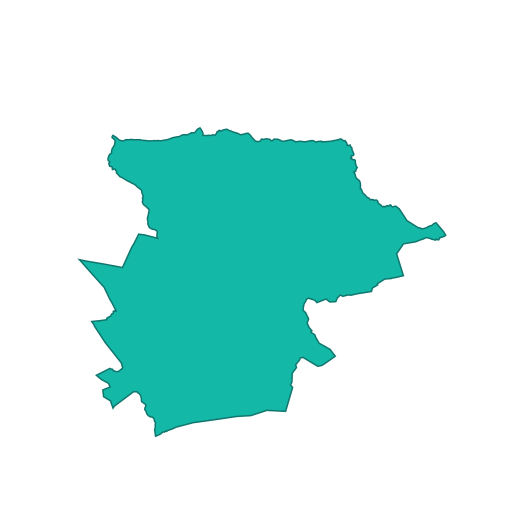 Chimanimani, Manicaland, Zimbabwe, rotated 73°
{"feature_id": "62879985B88663690016764", "entity_name": "Chimanimani", "entity_type": "district", "adm_level": 2, "iso_a3": "ZWE", "parent_name": "Zimbabwe", "parent_adm1": "Manicaland", "projection": "robinson", "projection_center": [32.597, -19.741], "detail": "fine", "context": "isolated", "style": "filled", "palette": "teal", "viewbox_px": 512, "rotation_deg": 73, "n_neighbors": 0, "source": "geoboundaries", "source_scale": "gbopen_adm2", "svg_char_len": 6140}
<svg xmlns="http://www.w3.org/2000/svg" viewBox="0 0 512 512"><g transform="rotate(73 256 256)"><path d="M98.8,357.5L99.4,358.3L99.9,358.7L100.7,359.0L103.5,357.2L105.6,357.3L106.7,358.0L107.7,358.4L108.9,359.2L109.4,360.1L110.3,360.8L111.2,362.0L113.4,363.5L114.7,363.8L115.2,364.0L115.7,365.4L116.1,366.3L117.0,367.3L118.4,368.3L119.3,368.9L121.1,369.5L121.5,369.4L122.2,368.8L123.5,368.4L124.3,369.7L126.0,369.8L126.5,369.7L127.2,369.7L127.6,369.5L127.8,369.2L127.9,368.4L128.6,367.7L129.4,367.6L130.9,368.0L131.3,368.0L131.5,367.4L131.3,366.6L131.3,366.0L131.6,365.5L132.0,365.2L132.4,365.2L132.9,365.4L134.0,364.6L134.7,364.7L135.4,365.1L135.9,365.1L138.6,363.7L140.3,363.0L141.6,361.4L147.4,356.2L148.7,354.5L150.1,353.4L151.8,351.4L153.5,350.2L154.6,349.7L159.6,346.2L162.0,346.6L163.4,346.5L166.4,346.5L167.2,347.5L167.8,347.7L169.3,347.8L171.1,348.9L171.9,348.9L174.2,348.4L175.2,347.8L176.2,346.8L178.3,345.9L179.2,345.0L180.6,344.8L182.3,345.4L183.5,346.2L184.9,346.8L188.0,348.8L190.4,349.3L192.1,349.3L193.6,350.1L197.0,349.8L197.6,349.6L199.0,348.5L199.6,347.8L200.4,346.8L200.8,345.5L201.4,344.8L201.9,344.6L202.8,343.6L203.1,343.4L204.6,343.4L205.4,344.0L208.3,345.1L210.3,344.9L203.3,356.3L200.8,361.8L208.4,369.0L211.1,372.1L228.0,387.1L219.8,402.7L210.8,420.7L207.9,425.9L224.5,418.4L241.5,410.4L254.7,408.4L259.0,407.4L267.7,405.8L268.0,406.6L267.0,407.5L267.0,408.0L267.2,408.5L267.6,408.9L268.4,409.0L269.2,409.7L269.3,411.1L271.0,412.6L271.1,413.9L271.5,414.4L271.5,415.7L271.6,416.2L272.2,417.0L273.1,417.2L273.3,417.4L272.2,424.3L270.6,432.3L274.7,430.9L275.5,431.1L294.7,425.5L319.2,415.9L319.6,416.2L320.7,416.0L322.0,416.3L323.5,416.0L324.3,416.6L324.8,417.7L325.0,417.7L325.0,418.3L325.8,420.2L326.1,421.0L326.1,422.0L325.8,423.3L325.6,423.8L324.5,424.9L324.4,425.9L323.8,426.1L322.6,426.2L322.3,426.4L321.9,427.1L321.8,427.8L320.8,428.6L323.4,443.5L328.9,440.0L334.6,434.3L338.6,433.8L339.3,441.6L346.0,442.9L352.2,437.3L353.3,437.5L359.7,437.2L358.1,435.2L350.0,412.8L351.1,409.4L352.2,409.1L353.1,408.2L353.8,407.7L355.5,407.2L357.2,407.1L358.6,407.3L361.7,408.0L363.0,407.1L365.1,405.4L366.5,404.8L368.8,406.6L370.0,407.2L370.7,407.2L372.2,406.6L375.0,406.5L376.7,405.9L377.9,405.1L378.9,404.1L379.7,402.3L380.9,401.5L381.6,401.2L383.7,401.2L384.6,401.4L385.2,400.8L387.0,401.2L388.2,401.9L390.3,402.3L392.3,403.7L393.6,403.8L394.9,404.1L395.7,404.2L398.6,404.7L399.1,404.6L398.6,401.5L398.5,400.2L398.2,398.9L397.8,398.4L397.1,396.2L397.1,395.9L397.6,395.3L397.6,395.1L397.0,393.8L397.5,393.2L397.6,392.8L397.1,391.5L396.9,386.4L396.3,382.4L397.0,365.0L400.6,342.5L403.8,321.3L407.1,307.7L406.8,290.7L413.2,273.1L392.4,259.4L389.4,260.7L387.1,258.5L378.8,255.7L374.5,249.9L371.6,249.9L368.4,245.0L366.5,243.5L366.7,240.7L379.5,229.2L379.9,225.0L379.0,221.7L375.0,209.5L366.9,212.5L357.9,221.1L351.6,222.6L348.6,222.8L346.6,224.3L345.5,225.6L345.2,225.8L344.2,225.1L343.9,224.4L339.9,226.1L335.1,226.7L331.6,224.1L324.7,225.1L321.5,226.9L316.0,224.2L315.9,224.0L312.1,220.0L311.6,218.5L311.6,218.3L315.5,212.7L318.4,211.4L317.6,201.6L321.5,198.9L323.0,193.0L320.0,190.6L318.0,186.9L320.0,184.5L320.1,179.6L321.3,176.5L321.6,171.2L323.7,155.9L320.7,154.1L319.2,148.1L318.0,148.1L315.7,139.6L317.1,133.1L316.8,132.4L317.0,132.0L317.4,128.9L317.9,120.8L294.9,120.9L294.9,120.7L287.5,111.4L289.1,99.1L288.6,93.2L288.7,91.8L288.2,87.4L291.0,83.2L291.4,83.0L291.4,82.8L293.3,79.6L292.6,78.6L293.2,78.1L294.0,76.6L292.3,74.9L292.3,70.4L291.6,68.5L290.8,68.8L287.9,69.4L276.9,74.1L277.0,76.6L277.7,77.6L278.1,79.0L278.2,82.7L278.8,84.3L278.8,87.9L278.6,89.2L277.3,90.7L276.3,92.7L266.3,101.3L252.8,105.2L252.8,105.4L252.4,105.7L251.4,106.1L250.1,107.2L249.4,107.5L249.0,108.5L249.1,110.3L248.9,111.2L248.2,111.9L246.8,112.2L246.4,112.6L246.5,113.4L247.0,114.4L247.1,114.8L246.2,115.6L246.3,117.3L246.8,117.9L246.8,118.2L245.9,119.3L246.1,119.9L245.9,120.5L245.5,121.0L243.8,121.7L241.5,123.5L240.4,123.8L239.7,123.5L239.2,123.6L238.5,123.9L237.6,124.6L237.3,126.7L236.4,127.5L235.8,128.8L235.7,130.2L233.8,131.0L232.2,132.7L229.1,134.0L227.4,135.3L222.7,135.8L222.1,136.6L219.7,135.6L216.6,134.9L214.1,135.1L212.5,136.4L210.3,137.5L204.9,137.4L204.7,138.1L204.4,138.2L204.0,136.7L204.3,136.7L203.9,136.5L204.0,135.8L202.3,134.9L201.0,133.3L199.2,133.9L195.7,133.7L193.7,133.1L192.6,133.7L192.4,135.0L191.3,135.7L190.9,136.6L190.5,137.0L189.8,135.8L188.8,136.0L188.1,135.5L188.4,134.2L188.2,133.4L187.3,132.6L182.2,133.1L180.4,132.7L179.2,133.5L177.4,133.5L177.3,135.6L176.9,136.5L176.4,136.2L174.1,136.3L171.7,137.1L171.9,137.7L170.3,139.6L169.0,140.3L168.7,142.1L168.9,143.1L168.1,151.1L166.3,159.4L165.7,159.4L165.5,160.1L165.2,160.3L164.8,162.2L164.5,164.9L164.3,165.8L162.8,167.1L162.0,168.5L161.7,170.2L161.2,175.6L160.6,177.1L159.2,180.1L158.4,184.6L155.8,187.4L155.2,188.4L155.0,189.0L154.3,196.6L153.7,197.7L152.2,199.1L150.8,200.9L150.1,202.7L149.5,204.7L150.5,206.6L150.4,207.1L150.2,207.7L149.8,208.0L148.8,208.5L148.4,208.8L147.0,211.7L146.6,215.0L145.8,216.4L145.9,216.8L146.8,217.6L147.4,218.6L147.2,220.2L146.9,221.4L146.2,222.5L145.5,223.2L140.8,225.5L139.3,225.9L137.7,226.7L136.4,227.5L135.9,229.0L135.9,231.7L135.6,234.9L135.5,235.2L134.7,236.3L133.5,237.4L132.7,238.6L130.0,242.6L129.1,243.4L128.4,244.7L127.0,246.0L126.1,247.2L125.9,250.1L126.2,253.5L125.8,253.8L125.2,254.0L125.1,254.5L125.3,255.2L125.9,255.9L126.0,256.3L125.8,256.7L126.0,257.1L127.2,257.9L128.4,259.9L128.3,260.4L127.5,261.8L127.6,263.0L127.3,264.7L126.7,266.1L126.3,268.4L125.6,270.0L125.3,271.3L124.7,271.6L123.5,270.9L122.2,270.8L118.5,271.6L117.4,272.2L117.1,272.2L117.6,274.8L118.4,276.2L119.5,277.5L120.1,278.6L120.0,279.9L119.2,281.5L119.3,282.3L119.8,283.8L120.0,286.6L119.0,289.2L118.7,291.4L119.4,294.7L118.9,297.1L118.5,301.4L118.8,304.8L118.8,307.9L118.5,308.9L118.0,313.5L117.1,315.5L116.5,318.0L115.9,319.3L115.6,321.3L115.4,321.7L114.9,324.4L114.9,324.0L111.6,332.0L110.6,333.4L110.3,335.2L109.9,336.1L109.3,338.4L108.9,339.5L108.5,340.0L107.9,342.0L107.7,343.3L106.7,346.5L107.1,348.4L107.1,349.7L106.1,351.3L105.5,352.7L101.8,354.9L98.8,357.5Z" fill="#14b8a6" stroke="#0f766e" stroke-width="1.5"/></g></svg>